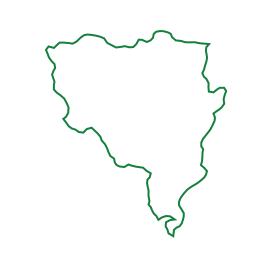 outline of Taparuba, Minas Gerais, Brazil, rotated 98°
{"feature_id": "56859067B97450946260268", "entity_name": "Taparuba", "entity_type": "district", "adm_level": 2, "iso_a3": "BRA", "parent_name": "Brazil", "parent_adm1": "Minas Gerais", "projection": "orthographic", "projection_center": [-41.602, -19.749], "detail": "fine", "context": "isolated", "style": "outline", "palette": "green", "viewbox_px": 256, "rotation_deg": 98, "n_neighbors": 0, "source": "geoboundaries", "source_scale": "gbopen_adm2", "svg_char_len": 2096}
<svg xmlns="http://www.w3.org/2000/svg" viewBox="0 0 256 256"><g transform="rotate(98 128 128)"><path d="M128.0,193.3L130.9,190.3L134.5,187.0L136.3,183.5L136.9,179.9L138.8,176.1L138.8,171.6L134.7,168.6L132.8,164.1L135.5,160.3L137.6,157.3L140.5,154.1L143.9,152.4L147.5,148.3L151.3,145.7L154.9,143.8L158.2,141.6L160.3,137.5L163.9,136.3L166.2,134.2L167.3,131.0L167.1,126.1L164.1,122.5L164.8,118.8L165.2,114.1L165.2,107.6L167.9,103.6L169.7,99.2L173.8,99.6L176.4,101.5L179.8,101.5L183.2,100.4L187.2,98.9L192.1,98.3L197.4,96.6L201.0,97.0L203.1,94.5L206.1,92.8L209.2,90.5L211.1,87.7L214.7,85.1L211.9,82.1L209.9,78.1L209.6,74.0L212.1,69.0L213.2,73.3L216.0,77.2L220.3,77.0L222.7,75.0L226.7,73.2L228.8,68.1L222.5,68.3L220.0,66.2L218.0,63.1L214.8,61.5L211.1,60.8L208.0,60.5L204.6,60.9L201.2,63.6L197.6,66.6L194.3,67.2L191.1,66.6L188.1,65.3L184.5,63.2L181.0,60.9L178.8,58.7L176.5,56.1L174.3,53.2L172.2,50.8L169.5,48.3L166.5,45.7L163.5,44.3L159.7,43.8L156.9,46.9L154.6,50.6L150.8,50.1L146.4,50.3L141.9,50.8L138.5,50.6L136.0,52.9L132.2,53.4L128.5,52.3L125.1,50.3L120.8,47.8L117.7,46.1L113.3,44.6L109.0,43.3L105.6,43.3L101.7,45.4L97.6,41.0L94.7,38.2L90.6,36.1L86.1,37.3L81.5,36.8L77.8,35.9L74.8,38.4L75.4,42.7L77.5,45.2L80.8,48.3L80.7,53.0L76.5,54.0L72.4,54.4L68.5,57.2L66.7,59.9L63.4,62.0L59.4,60.8L55.7,60.4L51.0,59.6L47.3,59.5L44.3,60.4L40.5,61.6L37.1,61.7L33.6,59.4L33.8,63.7L34.1,68.3L33.8,73.9L34.6,78.8L35.1,83.5L34.4,87.5L34.6,92.8L32.1,96.8L28.7,98.9L27.7,102.2L27.2,106.5L27.6,110.1L28.9,113.7L31.3,115.6L35.2,115.8L38.2,118.0L40.2,121.4L38.7,126.5L39.1,129.7L43.7,131.4L47.1,134.0L47.9,137.9L47.4,142.4L48.8,146.8L49.9,151.0L48.6,154.8L46.6,160.4L42.5,164.2L41.4,168.9L41.0,172.9L40.9,177.6L41.1,181.3L42.2,184.4L45.0,187.4L49.8,191.2L52.2,194.7L52.1,198.0L52.4,203.6L53.0,207.6L55.7,209.9L59.0,212.5L58.3,218.0L62.1,220.1L65.4,218.1L69.0,216.2L72.5,212.9L74.9,209.7L78.7,208.5L81.7,209.7L85.6,210.6L89.2,208.9L92.2,207.3L96.3,207.3L100.1,206.8L102.8,203.6L104.9,199.6L107.9,195.1L112.3,191.9L115.8,189.8L121.2,189.3L125.5,190.9L128.0,193.3Z" fill="none" stroke="#15803d" stroke-width="2"/></g></svg>